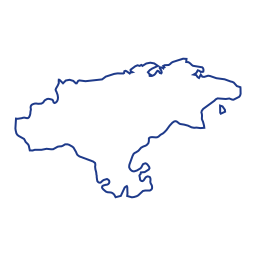 an SVG outline of Cantabria
{"feature_id": "ESP-5813", "entity_name": "Cantabria", "entity_type": "Autonomous Community", "adm_level": 1, "iso_a3": "ESP", "parent_name": "Spain", "parent_adm1": "", "projection": "orthographic", "projection_center": [-3.983, 43.14], "detail": "fine", "context": "isolated", "style": "outline", "palette": "blue", "viewbox_px": 256, "rotation_deg": 0, "n_neighbors": 0, "source": "natural_earth", "source_scale": "10m", "svg_char_len": 4216}
<svg xmlns="http://www.w3.org/2000/svg" viewBox="0 0 256 256"><path d="M58.8,79.7L59.0,79.7L59.5,79.8L63.0,83.3L65.8,80.5L69.6,79.8L73.3,80.9L75.8,83.3L76.7,83.3L78.1,81.0L79.3,80.4L85.5,81.2L102.1,79.4L105.8,76.6L114.2,73.9L117.4,73.4L123.3,73.5L124.1,73.0L124.2,72.1L124.4,71.2L125.5,70.8L126.5,71.2L129.7,73.5L130.4,72.6L130.9,72.4L131.6,72.4L132.4,72.2L131.8,71.9L130.6,70.8L130.6,69.7L135.2,66.3L137.5,65.3L139.7,65.9L141.3,64.9L141.7,65.1L142.4,65.9L146.3,63.5L150.3,62.7L154.2,63.4L157.9,65.9L152.1,68.6L149.7,70.2L147.9,72.2L149.3,73.9L150.0,74.4L150.7,74.8L150.2,74.9L149.9,74.9L149.6,75.1L149.7,75.9L151.2,76.0L152.4,75.8L154.3,74.8L155.2,73.9L157.0,71.3L157.5,70.8L158.7,71.2L159.9,73.0L161.2,73.4L161.7,72.7L161.4,71.0L160.6,69.3L159.8,68.4L159.7,67.3L161.6,67.5L162.4,67.8L163.3,68.4L163.5,67.5L164.3,67.3L163.3,65.9L164.7,65.2L168.7,65.0L170.2,64.0L171.5,62.7L173.0,61.9L183.1,58.7L186.5,58.9L186.2,62.0L188.5,62.2L190.3,63.5L191.8,65.0L193.0,65.8L202.2,67.3L202.9,68.0L203.3,68.9L203.5,70.0L203.3,71.6L202.7,71.9L201.9,71.7L200.8,72.0L200.3,71.5L199.0,70.7L197.8,70.3L197.2,71.3L196.7,72.4L195.7,73.4L193.6,74.6L196.2,75.1L197.7,77.2L199.0,78.0L200.8,74.6L202.3,76.7L204.2,76.9L208.1,75.7L210.0,76.0L216.4,78.2L224.6,79.3L230.7,81.5L232.4,81.9L233.8,82.6L236.9,86.1L240.4,87.2L240.5,88.4L240.6,93.8L240.1,95.5L239.2,96.8L233.5,99.7L232.2,99.6L229.3,98.5L225.8,99.0L217.6,98.4L215.8,99.3L214.3,100.8L203.2,108.9L201.8,110.8L201.4,112.5L201.8,113.7L202.0,115.1L202.0,116.5L201.9,117.8L201.9,119.1L202.4,120.4L203.0,121.7L204.0,125.5L204.3,127.8L200.5,128.1L196.5,127.6L194.1,127.8L191.5,127.3L187.9,125.6L184.1,124.6L180.2,124.0L179.1,123.4L177.0,121.7L175.8,121.2L174.3,121.4L172.4,122.7L169.7,125.6L166.5,130.0L164.5,132.1L163.0,133.4L160.5,134.8L158.5,136.6L157.3,137.2L156.0,137.4L152.2,137.1L150.9,137.2L149.7,137.6L148.9,138.3L148.9,139.8L148.8,141.5L148.3,143.3L146.6,145.1L145.3,145.8L143.3,146.5L141.1,147.7L138.4,150.8L135.9,152.4L134.8,152.9L133.8,153.7L133.6,153.9L132.5,156.1L129.4,164.7L129.2,166.1L129.2,167.4L129.8,168.7L130.7,169.9L131.8,170.8L133.1,171.3L134.4,171.3L136.9,170.5L140.4,168.4L141.3,167.4L142.5,165.1L143.1,164.1L144.2,163.7L145.4,163.3L146.5,163.7L147.5,164.6L148.4,165.8L149.2,167.0L149.5,168.2L148.8,169.5L144.7,172.1L140.9,172.4L140.7,173.1L140.6,174.0L139.8,174.8L139.4,175.7L139.9,177.9L140.0,179.2L140.5,180.3L141.5,181.0L142.6,181.1L143.7,180.3L144.8,178.6L145.7,177.3L147.4,176.4L148.7,176.6L149.9,177.2L150.4,178.4L150.5,179.9L150.3,181.8L150.6,183.2L151.7,185.2L152.0,186.1L152.1,187.3L152.0,188.6L151.2,189.7L149.9,190.5L145.3,190.5L142.9,191.0L138.3,195.3L136.7,196.2L134.1,197.0L131.9,197.3L127.2,196.0L127.5,193.0L127.4,191.8L127.3,187.6L127.1,186.6L126.8,186.1L125.7,186.7L124.7,187.5L120.8,195.9L115.6,197.2L114.3,194.8L113.5,193.9L112.3,193.0L111.0,192.5L107.4,192.2L105.9,191.6L103.2,189.3L102.3,188.2L102.0,187.2L102.4,186.1L103.3,185.5L105.8,184.8L107.0,184.7L108.2,184.1L109.0,183.2L109.4,182.0L109.1,180.6L108.2,179.7L107.0,179.0L103.7,180.0L102.5,180.8L100.8,182.4L100.1,182.7L99.1,182.6L98.2,182.1L97.4,181.2L97.2,180.3L97.0,179.5L96.9,178.4L96.7,177.2L96.7,175.8L96.4,174.5L96.3,173.2L96.1,171.9L95.4,169.3L95.1,166.7L95.3,165.4L95.3,164.1L95.0,162.9L93.1,161.5L79.4,156.4L77.5,155.0L76.7,153.7L76.6,153.4L76.1,152.1L73.5,147.6L72.3,146.6L69.1,144.8L67.4,144.3L65.2,144.3L62.7,145.8L61.4,146.3L59.4,146.4L57.7,146.7L53.2,149.2L51.4,149.3L46.6,148.8L41.5,149.8L34.8,149.8L32.6,150.5L29.8,150.4L28.8,145.8L28.2,144.5L25.6,141.9L24.8,140.2L24.0,138.9L18.6,135.9L17.3,134.8L16.4,133.4L15.7,130.5L15.4,128.5L16.0,118.6L17.6,118.8L21.6,118.2L22.9,117.8L24.2,117.6L26.7,118.1L27.9,118.1L29.0,117.3L29.9,115.3L30.3,113.7L30.4,112.2L30.6,110.9L30.9,109.7L30.6,107.2L30.9,105.9L31.7,104.8L33.3,104.0L34.7,103.6L36.1,103.5L37.3,103.7L38.6,103.8L41.4,103.6L42.6,102.9L43.3,102.4L43.9,101.4L44.8,100.3L46.9,99.1L48.1,98.8L49.6,99.0L52.0,99.6L52.9,100.3L53.6,102.4L54.4,103.0L55.5,102.7L56.5,101.9L57.3,100.8L57.8,99.3L58.0,97.5L57.6,94.9L56.4,91.6L55.9,90.8L55.6,89.7L56.0,88.5L57.7,85.6L58.8,83.1L58.7,80.9L58.8,79.7ZM220.1,105.6L222.5,106.4L224.9,109.8L225.1,111.7L220.8,113.7L220.2,112.7L220.1,105.6Z" fill="none" stroke="#1e3a8a" stroke-width="2"/></svg>